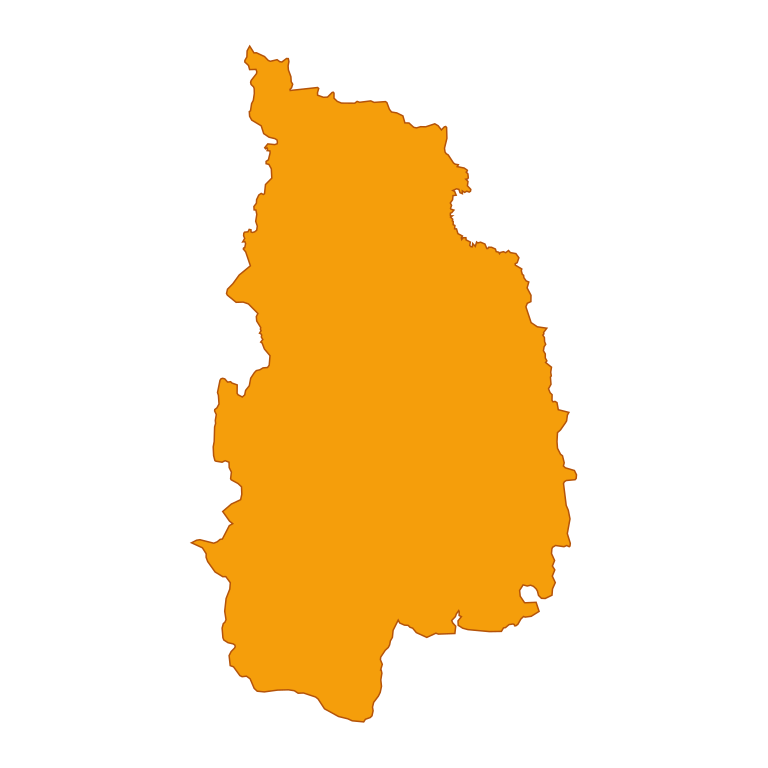 the district of Arivonimamo, Itasy, Madagascar
{"feature_id": "10022922B99194691228489", "entity_name": "Arivonimamo", "entity_type": "district", "adm_level": 2, "iso_a3": "MDG", "parent_name": "Madagascar", "parent_adm1": "Itasy", "projection": "natural_earth1", "projection_center": [47.286, -19.045], "detail": "fine", "context": "isolated", "style": "filled", "palette": "amber", "viewbox_px": 768, "rotation_deg": 0, "n_neighbors": 0, "source": "geoboundaries", "source_scale": "gbopen_adm2", "svg_char_len": 6086}
<svg xmlns="http://www.w3.org/2000/svg" viewBox="0 0 768 768"><path d="M323.5,97.3L317.6,95.2L317.5,92.6L318.7,88.5L317.6,87.5L290.2,90.5L290.0,89.3L291.5,87.9L292.7,84.2L291.2,81.7L290.9,76.7L288.4,69.9L288.1,65.9L288.9,61.6L288.3,58.6L286.5,58.5L281.9,62.0L279.8,61.7L277.1,59.7L270.3,61.3L268.2,60.4L264.6,56.6L256.5,52.8L254.0,52.9L249.7,46.1L247.1,50.9L246.9,56.9L244.9,60.4L244.8,62.0L248.5,65.5L249.6,69.6L256.0,69.4L256.8,71.8L256.5,73.6L251.2,80.4L250.6,82.3L251.1,84.5L253.5,86.8L254.2,88.6L254.3,93.6L253.3,100.4L251.6,103.6L250.5,110.8L249.3,111.6L249.6,116.3L251.7,120.1L261.2,125.8L263.7,133.6L269.0,137.2L275.1,138.7L277.1,140.1L277.4,142.3L277.1,143.8L274.7,144.6L267.8,143.9L264.7,147.7L265.6,148.8L267.0,147.8L267.6,149.0L267.1,150.6L269.9,150.9L270.1,152.9L268.4,159.8L266.1,161.4L266.1,163.7L268.9,164.4L271.3,168.8L271.8,178.1L265.5,184.5L264.5,193.7L263.3,194.5L261.2,193.4L258.8,195.0L256.6,199.6L256.4,203.2L253.9,206.5L254.1,209.9L255.9,210.0L256.8,214.4L255.7,221.3L257.3,226.1L256.7,230.2L254.6,231.9L252.2,232.5L251.0,231.9L251.0,229.8L249.2,229.4L248.0,231.8L244.5,232.2L243.8,233.3L243.6,235.8L244.7,238.4L242.7,241.9L244.8,241.6L245.6,243.6L244.7,247.8L243.6,248.0L243.3,249.0L245.7,251.9L250.4,265.8L239.2,275.0L232.9,283.7L227.5,289.2L226.5,293.5L227.4,295.2L236.1,302.3L243.2,302.1L248.4,303.9L257.9,313.5L256.3,316.6L256.7,321.0L260.7,327.5L260.4,329.3L261.1,330.7L259.5,333.2L260.9,333.8L261.7,335.1L261.3,337.0L262.8,339.5L260.7,342.1L262.1,343.0L264.4,349.0L270.0,355.7L269.2,365.2L267.5,367.5L263.0,367.9L259.8,369.8L256.3,370.6L254.4,372.6L250.7,378.2L249.3,385.7L245.6,390.4L244.7,394.9L242.3,397.0L238.1,394.8L237.1,393.3L237.2,384.9L231.9,383.0L230.6,381.7L227.6,382.1L224.8,378.9L222.7,378.3L221.0,378.8L220.0,380.3L217.5,392.5L218.4,395.3L219.0,404.0L216.9,407.9L214.8,409.5L214.6,410.9L216.3,414.6L215.3,420.4L215.6,423.5L214.6,426.9L214.2,441.5L213.2,446.9L213.6,455.6L214.9,460.6L215.9,461.2L222.1,462.2L225.1,460.7L229.0,462.2L229.2,467.6L231.4,472.1L230.6,478.7L231.2,479.8L238.0,483.5L241.5,486.8L241.8,494.3L240.6,499.7L231.4,504.0L222.7,511.5L229.5,521.1L232.7,523.7L229.3,525.6L222.4,539.0L220.1,539.4L217.2,541.8L213.8,543.2L199.9,539.7L196.6,540.2L191.5,542.8L202.4,547.8L206.2,553.8L206.1,557.3L207.7,561.6L215.1,572.0L222.8,576.7L225.8,576.6L230.3,582.7L229.8,589.1L226.1,598.5L224.7,611.2L226.0,619.7L224.9,622.2L223.3,623.6L222.1,628.1L222.9,637.7L223.8,640.0L228.0,642.7L233.2,643.9L234.9,645.1L235.2,646.8L234.5,648.1L231.1,651.6L229.1,655.6L230.2,665.6L233.5,666.8L239.9,675.6L242.1,676.7L246.5,676.2L250.1,678.8L254.2,688.4L257.2,691.2L264.3,691.9L277.5,690.1L288.4,689.8L294.3,690.7L298.1,693.2L303.5,693.0L315.6,697.0L318.1,699.0L324.5,708.8L338.5,716.5L347.8,718.8L352.2,720.8L363.7,721.9L365.4,719.3L370.3,717.5L372.0,715.8L373.1,710.8L372.5,707.1L373.7,702.3L378.4,696.1L380.2,692.4L381.5,686.3L380.8,679.9L381.9,673.2L381.2,670.1L380.6,670.0L382.3,664.3L380.4,659.7L380.7,657.1L385.3,650.2L388.3,647.5L389.6,644.9L390.4,640.9L392.4,637.4L393.1,630.3L398.2,620.1L399.7,623.0L404.4,625.1L408.2,625.4L409.9,627.2L412.7,628.2L416.3,632.6L426.8,637.4L435.9,633.2L438.4,634.1L454.9,633.5L455.7,626.2L452.7,622.9L451.7,620.5L455.4,616.6L456.3,614.0L458.7,610.6L459.2,611.7L459.1,615.5L461.4,616.6L458.0,620.9L458.2,625.3L462.7,628.2L467.9,629.6L489.4,631.6L501.4,631.4L503.5,627.9L505.5,627.6L509.0,624.6L512.9,624.0L514.3,624.5L514.6,625.8L515.8,625.8L517.8,624.4L520.9,619.0L523.6,616.5L525.1,617.1L531.2,616.3L539.1,611.4L536.1,602.3L524.9,602.8L524.2,602.2L520.2,596.2L519.6,590.4L523.1,584.9L527.2,586.0L530.6,585.2L533.4,586.3L536.0,588.7L537.4,591.0L538.5,595.4L541.4,598.3L545.2,598.5L552.0,595.2L552.5,588.9L555.3,582.6L552.3,576.1L554.8,569.9L552.4,566.0L554.6,560.5L551.5,553.6L551.9,548.8L552.6,547.3L555.5,545.5L564.0,546.7L566.7,545.5L569.2,546.7L570.0,546.0L570.3,543.3L567.3,533.6L570.0,518.9L568.3,510.3L566.2,505.4L563.5,483.5L564.4,481.7L566.3,480.5L575.1,479.7L576.2,478.4L576.5,474.8L574.4,470.5L565.3,467.8L563.4,466.0L564.2,462.8L562.5,455.8L560.5,454.2L557.5,448.3L557.0,441.6L557.5,432.6L560.5,429.9L565.4,422.9L566.6,420.9L567.4,415.1L568.9,412.4L558.3,409.7L557.0,402.6L555.0,401.4L553.0,401.8L552.0,400.4L552.1,394.7L550.1,392.7L548.5,388.8L551.0,384.3L550.4,377.1L551.3,375.9L550.7,372.2L551.5,367.2L545.6,362.5L546.9,360.9L545.3,358.0L545.3,353.9L543.4,350.8L544.1,346.8L545.7,344.3L544.6,341.7L544.4,337.5L542.8,335.1L543.9,333.9L543.6,332.5L546.8,328.2L537.3,326.8L531.1,322.6L525.9,306.8L527.3,303.3L530.9,301.6L531.0,295.3L527.1,287.9L528.8,282.0L526.2,280.9L523.9,277.7L523.6,275.3L522.3,274.3L521.3,270.7L521.8,269.0L515.3,265.1L515.2,263.7L517.2,262.7L518.9,257.8L515.9,253.6L510.4,252.6L508.5,250.5L505.7,252.7L503.4,251.7L500.3,252.5L499.5,253.7L498.7,252.2L496.2,251.6L495.4,249.0L491.6,247.3L488.7,247.2L487.8,248.5L486.8,248.5L484.9,244.0L480.6,242.2L477.7,242.9L476.6,242.0L475.3,246.4L472.7,243.5L472.3,246.8L470.9,246.7L469.7,245.3L470.4,242.1L466.1,239.9L465.9,237.7L463.2,237.7L461.7,239.5L461.3,237.8L462.4,236.0L457.9,233.6L456.5,228.9L454.6,228.8L454.9,225.5L453.2,224.7L453.2,221.4L452.3,220.9L452.7,219.2L450.6,217.2L452.3,215.9L450.5,215.9L450.3,215.1L450.4,213.2L451.8,212.6L453.9,210.1L450.9,209.1L450.5,208.4L451.6,205.4L450.3,203.0L452.6,199.7L453.0,195.6L456.2,195.2L454.6,191.4L452.8,190.5L456.5,188.8L458.9,189.4L460.0,192.7L462.4,193.7L462.3,190.9L464.6,192.4L466.8,191.2L469.2,192.1L470.5,191.2L470.8,189.4L467.4,185.8L468.0,181.5L465.8,179.2L467.5,178.9L468.3,177.9L467.9,173.9L466.2,172.1L467.4,170.7L467.1,170.0L464.1,168.0L457.2,166.6L458.3,164.7L455.3,164.2L453.5,163.0L448.2,154.9L446.2,153.7L445.0,151.9L444.5,148.2L446.9,138.4L446.6,127.5L445.7,126.5L444.3,126.9L441.4,129.9L438.1,125.7L434.8,123.8L425.7,126.8L420.6,126.7L416.5,127.9L413.7,127.3L409.0,123.0L404.9,122.9L402.9,115.9L396.8,112.9L391.5,112.0L389.4,109.3L386.9,102.6L385.5,101.6L374.1,102.4L370.8,100.9L359.6,102.3L357.1,101.4L354.7,103.2L341.5,103.1L337.3,101.4L334.0,98.2L334.0,93.1L333.2,92.2L332.1,92.5L327.5,97.1L323.5,97.3Z" fill="#f59e0b" stroke="#b45309" stroke-width="1.5"/></svg>